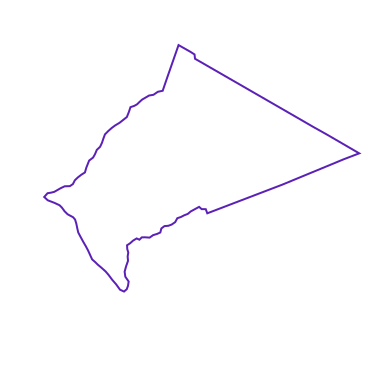 the district of Presidente Vargas, Maranhão, Brazil, rotated 30°
{"feature_id": "56859067B97950070830683", "entity_name": "Presidente Vargas", "entity_type": "district", "adm_level": 2, "iso_a3": "BRA", "parent_name": "Brazil", "parent_adm1": "Maranhão", "projection": "albers", "projection_center": [-44.012, -3.405], "detail": "fine", "context": "isolated", "style": "outline", "palette": "violet", "viewbox_px": 384, "rotation_deg": 30, "n_neighbors": 0, "source": "geoboundaries", "source_scale": "gbopen_adm2", "svg_char_len": 1462}
<svg xmlns="http://www.w3.org/2000/svg" viewBox="0 0 384 384"><g transform="rotate(30 192 192)"><path d="M125.4,71.6L120.7,71.4L106.9,71.5L113.3,105.2L116.0,119.0L112.3,122.3L110.0,127.1L106.6,129.9L102.6,136.9L101.5,140.3L100.6,143.5L99.0,146.2L96.3,149.3L97.3,154.1L98.1,159.6L94.7,168.2L92.1,172.9L90.5,176.6L89.1,180.7L87.8,185.6L88.5,189.8L89.4,194.2L89.8,198.8L88.5,203.1L89.1,207.9L89.1,211.7L87.2,216.2L88.3,223.7L89.5,228.6L87.5,232.4L85.8,236.6L84.7,240.4L84.9,244.7L83.3,248.0L78.9,250.7L76.4,254.3L72.6,260.8L70.3,263.0L67.5,265.3L66.5,270.2L71.2,271.3L78.2,270.2L83.9,269.7L87.0,270.5L91.3,272.4L95.5,273.5L101.6,273.3L104.5,274.3L107.7,277.3L110.8,280.8L113.7,283.9L117.3,286.2L122.7,289.5L127.4,292.2L131.2,294.6L134.3,296.8L139.2,300.3L143.2,301.1L146.6,302.0L151.1,302.8L156.9,304.0L161.4,305.6L166.7,307.9L172.5,309.9L178.5,312.6L182.9,312.2L184.1,308.8L183.5,305.3L181.9,301.2L176.6,298.7L173.5,294.7L172.1,289.4L171.0,283.6L168.5,280.0L167.1,276.3L164.4,273.7L162.4,270.6L164.0,267.4L165.3,263.5L167.3,259.9L170.3,259.6L171.2,256.4L173.8,254.8L178.1,252.7L179.9,248.8L182.7,245.8L184.8,242.9L183.7,238.9L185.2,235.3L188.4,233.1L190.7,230.3L192.5,226.5L192.4,222.0L194.9,219.2L196.8,216.2L199.3,213.1L200.6,209.5L203.4,204.9L205.6,201.3L208.9,202.0L212.5,200.0L215.9,202.8L266.6,140.4L307.1,87.7L317.5,74.9L314.2,74.9L279.3,74.8L265.1,75.0L257.8,75.0L215.5,75.0L128.0,75.1L125.4,71.6Z" fill="none" stroke="#5b21b6" stroke-width="2"/></g></svg>